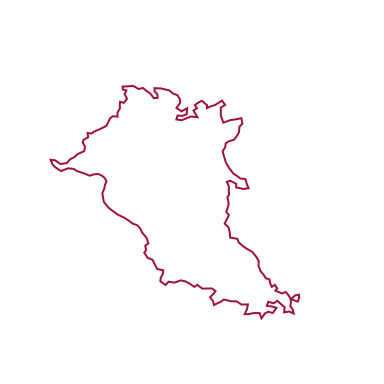 Nova Esperança do Sudoeste, Paraná, Brazil (Equal Earth projection), rotated 114°
{"feature_id": "56859067B10738168470860", "entity_name": "Nova Esperança do Sudoeste", "entity_type": "district", "adm_level": 2, "iso_a3": "BRA", "parent_name": "Brazil", "parent_adm1": "Paraná", "projection": "equal_earth", "projection_center": [-53.258, -25.889], "detail": "fine", "context": "isolated", "style": "outline", "palette": "rose", "viewbox_px": 384, "rotation_deg": 114, "n_neighbors": 0, "source": "geoboundaries", "source_scale": "gbopen_adm2", "svg_char_len": 2846}
<svg xmlns="http://www.w3.org/2000/svg" viewBox="0 0 384 384"><g transform="rotate(114 192 192)"><path d="M112.4,268.5L115.5,266.9L116.7,263.5L120.0,261.7L121.7,265.1L118.9,270.5L118.0,275.4L116.9,279.1L119.6,282.5L119.0,288.9L122.2,294.8L123.9,298.3L126.5,297.0L125.9,293.3L130.0,293.3L133.2,289.3L138.3,290.5L138.8,294.4L141.9,293.4L145.1,291.8L149.6,292.4L153.4,290.7L154.9,295.0L158.0,296.9L162.3,296.9L166.4,297.1L172.4,302.0L176.5,305.9L179.4,307.5L180.6,311.4L184.3,309.1L188.5,312.4L191.3,311.8L194.2,308.1L198.5,307.1L204.0,312.0L207.9,313.6L211.8,316.7L216.6,318.2L220.0,323.7L218.7,330.0L220.1,334.3L223.5,330.7L225.0,327.0L226.2,320.2L223.9,318.0L220.8,314.9L219.0,309.5L219.7,305.6L218.9,298.1L218.7,292.0L216.0,289.1L213.7,285.2L213.7,281.1L214.7,277.4L217.0,274.4L220.9,274.4L224.7,273.5L229.4,273.5L233.1,271.1L236.9,268.5L240.2,262.1L241.5,257.1L242.9,250.2L243.0,243.9L243.8,238.5L245.0,233.0L244.6,228.7L246.5,224.2L249.1,221.5L252.4,214.8L256.7,210.9L260.0,212.9L263.7,210.3L266.9,210.9L270.2,205.8L270.0,200.4L272.5,197.5L276.5,192.4L275.2,186.5L278.9,185.3L283.2,185.7L286.4,184.6L287.7,178.3L283.5,176.9L281.9,171.1L277.3,166.3L276.3,161.6L276.7,157.0L277.7,151.3L274.6,149.4L276.1,143.3L274.1,139.1L272.0,134.5L272.9,130.2L275.8,130.8L280.7,132.7L283.2,128.4L286.3,126.0L280.3,120.9L277.3,119.2L275.8,111.4L273.7,106.8L274.7,101.1L272.0,95.2L276.7,94.1L282.1,94.2L280.7,90.8L277.6,86.6L275.1,81.0L279.1,77.2L273.1,75.9L270.3,73.6L269.7,69.0L263.5,67.7L264.0,72.0L265.5,77.4L261.2,77.6L260.5,72.2L256.7,69.8L258.1,65.5L259.6,60.4L264.5,58.9L261.6,54.6L261.6,49.7L258.2,52.4L256.4,55.8L253.6,56.4L249.6,58.0L247.0,62.0L245.2,65.7L248.1,68.6L248.2,75.7L245.4,74.9L243.1,78.6L246.2,80.5L243.8,83.3L240.3,85.6L240.8,89.4L238.3,93.2L236.6,97.0L232.5,101.1L227.8,103.1L224.7,107.6L222.1,112.8L221.6,118.7L220.7,123.5L219.0,129.0L216.3,131.4L218.1,138.6L213.7,141.0L209.5,144.2L207.6,149.3L198.1,148.9L196.1,152.7L192.6,152.9L188.3,153.6L185.2,155.4L182.3,157.6L179.4,157.0L176.2,158.8L172.0,160.5L168.6,164.3L166.2,161.7L166.5,154.9L169.8,153.6L168.3,146.2L165.5,141.8L162.4,145.2L158.4,148.5L160.0,153.3L159.0,157.4L158.4,161.6L155.4,167.2L151.3,173.0L145.2,178.3L142.2,180.6L137.6,179.9L133.9,181.0L130.7,179.0L127.2,174.9L122.6,173.8L118.3,173.4L113.1,175.2L108.9,173.8L104.5,177.0L107.4,180.9L110.7,186.1L115.9,191.6L110.5,196.7L107.0,198.3L103.2,200.0L98.9,197.1L96.3,201.8L103.2,206.3L105.8,209.4L109.3,212.5L106.6,213.6L104.6,220.0L108.6,223.2L111.5,224.7L113.5,221.5L116.9,223.8L121.5,217.5L123.4,223.6L127.2,227.3L130.7,230.7L132.1,235.8L128.0,236.3L126.3,231.6L123.1,228.5L117.4,230.5L122.6,234.4L121.5,240.4L115.7,239.1L112.1,240.9L109.5,244.7L109.8,249.6L108.4,254.0L110.1,262.7L112.4,268.5ZM249.6,58.0L249.1,50.7L245.0,51.1L242.3,52.5L244.4,55.6L249.6,58.0Z" fill="none" stroke="#9f1239" stroke-width="2"/></g></svg>